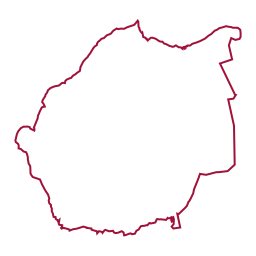 the district of San Juan Tabaá, Oaxaca, Mexico
{"feature_id": "50627088B48503971747263", "entity_name": "San Juan Tabaá", "entity_type": "district", "adm_level": 2, "iso_a3": "MEX", "parent_name": "Mexico", "parent_adm1": "Oaxaca", "projection": "robinson", "projection_center": [-96.222, 17.319], "detail": "fine", "context": "isolated", "style": "outline", "palette": "rose", "viewbox_px": 256, "rotation_deg": 0, "n_neighbors": 0, "source": "geoboundaries", "source_scale": "gbopen_adm2", "svg_char_len": 3395}
<svg xmlns="http://www.w3.org/2000/svg" viewBox="0 0 256 256"><path d="M240.2,29.7L237.8,27.8L232.6,27.7L231.6,27.2L227.9,26.6L226.2,26.2L221.3,27.7L219.6,28.0L217.1,29.7L216.2,30.1L214.9,30.6L212.7,32.6L211.5,33.9L208.5,35.7L205.0,38.6L200.3,41.0L197.1,42.3L192.4,43.8L191.4,44.5L191.0,44.8L190.4,45.3L189.8,45.6L187.5,45.5L186.8,45.9L186.9,46.3L184.8,46.8L185.2,47.4L184.2,47.3L184.5,48.1L183.6,47.9L183.8,48.5L181.8,47.8L181.9,48.3L180.8,47.4L178.6,47.2L175.9,45.4L174.3,46.2L173.9,46.6L172.3,46.8L171.2,46.3L169.7,46.0L166.7,44.4L163.9,43.4L162.5,41.7L160.3,41.6L158.0,40.4L156.4,39.2L155.3,38.6L152.3,37.7L150.8,37.8L148.2,40.0L146.8,38.9L146.9,39.6L144.8,37.4L143.3,37.1L142.4,32.9L142.2,33.2L141.7,32.8L140.7,31.7L139.4,29.2L139.4,28.0L138.9,27.4L138.5,26.2L138.3,21.7L137.7,20.7L136.0,22.8L135.3,23.6L134.5,24.5L134.4,24.8L127.3,27.2L124.1,28.8L121.2,28.6L117.9,29.1L116.7,28.5L113.3,30.7L110.8,33.7L106.7,35.4L103.9,38.1L101.4,38.8L100.8,39.5L99.4,40.9L98.2,41.7L97.0,43.6L96.9,44.9L96.8,45.1L94.7,46.5L93.5,47.9L92.3,49.8L90.2,53.3L88.4,55.6L87.6,57.1L86.4,58.1L83.6,61.1L83.1,61.9L80.5,67.0L79.9,70.9L78.6,71.8L77.2,72.7L75.1,74.5L73.5,75.3L72.2,76.5L71.4,77.7L71.2,77.9L69.4,78.4L67.2,79.4L66.7,79.6L65.3,81.0L64.9,83.1L63.5,82.8L61.8,83.1L59.0,85.5L54.9,86.3L54.1,86.5L50.6,88.0L47.9,90.3L47.2,92.4L45.5,94.7L45.2,96.2L43.8,98.3L42.6,100.4L42.2,102.1L43.4,103.6L43.9,104.7L44.7,106.3L44.8,106.6L43.5,106.8L41.8,107.4L40.2,110.6L39.7,111.6L38.8,114.1L38.2,115.1L37.9,116.1L37.8,117.2L37.6,118.7L36.8,120.4L33.9,127.6L34.3,128.3L34.4,130.3L34.3,130.6L30.3,128.6L29.5,127.0L27.8,126.6L23.5,126.7L20.9,128.1L18.2,131.3L16.9,134.1L15.4,140.5L15.8,142.1L17.9,143.7L18.6,145.0L18.7,146.4L18.6,148.4L20.8,149.0L23.6,151.5L26.1,152.2L27.1,154.3L27.4,155.6L27.8,157.0L27.9,159.9L28.4,161.6L28.5,163.3L29.3,164.6L30.1,165.9L30.3,167.2L30.4,169.8L30.5,173.4L31.2,174.8L32.7,177.0L40.0,179.5L41.9,184.1L45.1,190.2L48.0,194.5L49.3,198.5L48.7,200.5L49.3,203.3L51.0,205.0L50.9,206.4L51.9,208.7L51.7,210.9L52.8,213.5L53.6,216.9L54.6,217.1L55.5,217.0L55.8,219.0L57.3,220.0L57.9,221.2L59.3,219.9L58.7,223.8L59.3,224.8L62.2,225.2L62.2,226.3L61.1,227.9L61.5,228.6L63.6,227.9L68.2,229.1L69.5,229.7L69.6,230.6L72.9,229.3L77.0,228.6L83.3,226.6L86.6,227.5L86.6,227.9L91.4,228.5L91.7,229.8L96.9,231.3L97.2,233.3L99.0,231.2L102.0,231.9L102.5,232.9L104.5,230.3L105.4,229.9L109.2,231.3L113.0,230.8L113.9,232.4L115.6,233.1L118.2,232.7L121.7,231.2L123.6,232.5L124.1,235.3L124.9,235.3L129.5,233.6L130.7,233.4L131.9,234.2L134.9,233.7L136.4,230.8L138.7,229.5L140.2,227.1L141.1,226.1L142.6,225.9L143.8,225.9L146.5,225.2L147.4,225.3L149.3,223.1L149.8,223.0L150.7,223.5L155.0,222.6L155.6,222.1L156.3,220.1L157.2,219.0L159.1,219.4L161.0,219.3L166.0,219.9L167.0,218.9L167.6,217.9L168.1,218.2L169.1,218.3L169.9,218.2L171.2,217.3L171.8,217.1L172.7,217.8L173.3,217.3L173.7,218.9L171.3,219.3L171.2,220.1L171.8,221.6L173.8,220.4L173.7,224.0L171.7,226.6L173.3,228.5L180.2,227.5L177.3,213.7L178.6,214.1L184.8,208.2L186.9,205.9L188.3,202.3L188.5,201.8L189.2,201.2L190.3,199.3L192.2,195.4L193.2,193.4L194.0,189.4L198.2,179.0L200.0,173.9L206.1,174.8L209.8,173.9L216.2,172.2L218.3,172.2L227.7,171.1L234.7,164.7L234.0,125.8L228.2,99.4L233.4,98.7L235.7,95.1L235.2,95.1L220.0,63.5L232.1,59.4L228.9,45.3L231.2,38.1L235.4,39.9L239.5,38.9L240.5,37.1L240.6,35.6L240.6,32.6L240.2,29.7Z" fill="none" stroke="#9f1239" stroke-width="2"/></svg>